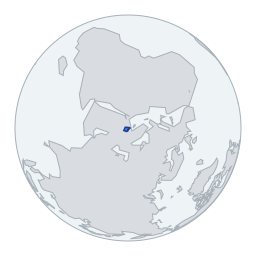 Homs (Hims) highlighted on a globe, orthographic projection, rotated 145°
{"feature_id": "SYR-139", "entity_name": "Homs (Hims)", "entity_type": "Province", "adm_level": 1, "iso_a3": "SYR", "parent_name": "Syria", "parent_adm1": "", "projection": "orthographic", "projection_center": [37.187, 34.261], "detail": "fine", "context": "on_globe", "style": "filled", "palette": "blue", "viewbox_px": 256, "rotation_deg": 145, "n_neighbors": 0, "source": "natural_earth", "source_scale": "10m", "svg_char_len": 10624}
<svg xmlns="http://www.w3.org/2000/svg" viewBox="0 0 256 256"><g transform="rotate(145 128 128)"><circle cx="128" cy="128" r="113" fill="#eef3f6" stroke="#a8b0b8"/><path d="M114.9,16.1L119.0,15.8L132.1,15.9L136.9,16.0L135.4,16.2L145.0,16.7L152.5,18.1L143.5,16.6L142.3,16.5L147.2,17.3L147.0,17.5L149.3,18.1L148.5,18.4L143.4,17.8L142.8,18.1L146.3,18.7L147.8,19.6L142.7,18.6L144.9,20.1L136.6,20.1L123.5,18.5L118.5,19.8L103.8,21.8L104.7,22.3L99.7,23.8L98.8,25.0L96.4,25.3L97.8,26.1L100.2,25.6L101.7,25.8L101.4,26.5L98.2,27.0L97.9,26.7L96.8,27.2L95.3,27.2L95.9,27.6L92.0,28.2L95.4,28.8L92.0,30.3L89.5,30.4L90.4,28.9L86.9,26.3L84.7,26.4L80.8,27.9L72.0,33.8L69.3,34.8L65.2,37.3L66.3,37.3L70.0,35.4L71.1,36.3L75.4,34.1L76.5,34.3L80.7,33.0L79.4,34.9L75.8,37.7L72.3,39.0L70.6,40.3L73.4,40.7L66.3,45.0L60.7,51.4L59.0,52.5L56.5,51.3L58.0,46.9L54.8,46.5L56.1,48.7L51.7,51.9L50.7,53.4L50.5,54.5L51.9,54.1L50.2,55.8L48.3,53.9L49.8,52.3L50.4,52.9L51.0,50.9L49.7,50.2L47.6,52.2L47.8,49.9L46.3,51.4L45.5,51.9L47.9,49.6L43.6,53.8L43.5,53.6L49.1,47.6L55.2,42.0L61.7,36.9L68.5,32.3L75.7,28.2L83.1,24.7L90.8,21.7L98.7,19.2L106.7,17.4L114.9,16.1ZM16.2,114.0L15.7,122.8L15.5,128.3L15.4,130.0L15.7,133.0L15.7,134.7L18.3,146.7L21.1,155.9L22.0,161.6L21.6,164.1L23.6,170.4L20.8,162.7L18.6,154.8L16.9,146.7L15.9,138.6L15.4,130.4L15.5,122.2L16.2,114.0ZM140.4,16.1L137.8,15.9L140.4,16.1L140.4,16.1ZM149.7,18.2L150.5,18.3L151.3,18.6L149.7,18.2ZM81.1,32.0L80.9,32.5L80.3,32.5L81.1,32.0ZM83.2,31.1L82.6,30.8L83.4,30.3L83.8,30.5L83.2,31.1ZM151.0,19.3L152.1,20.0L150.1,19.2L151.0,19.3ZM83.7,31.7L85.0,29.5L86.6,28.7L89.2,28.9L83.7,31.7ZM152.1,20.3L154.7,22.1L156.8,22.3L152.4,23.0L151.6,21.0L148.9,20.0L151.2,20.4L152.1,20.3ZM101.1,25.1L98.5,25.7L101.0,24.5L101.1,25.1ZM102.3,24.4L107.7,21.2L111.4,20.9L108.8,21.9L113.8,21.3L113.0,22.7L110.1,23.4L107.9,23.2L109.2,23.9L102.3,24.4ZM149.6,23.2L149.5,23.7L148.6,23.1L149.6,23.2ZM102.5,25.8L103.2,25.1L106.5,24.8L105.6,26.2L104.8,25.8L102.5,25.8ZM115.6,20.5L117.8,20.6L117.8,21.8L118.6,22.0L113.3,22.7L115.6,20.5ZM103.9,26.3L105.0,26.9L103.2,27.8L101.9,26.5L103.9,26.3ZM107.7,24.2L109.2,24.1L108.1,24.6L107.7,24.2ZM97.5,31.6L98.3,30.6L100.1,30.3L97.5,31.6ZM105.5,27.1L106.1,26.8L106.9,26.7L107.3,27.3L105.5,27.1ZM113.6,23.6L113.1,24.1L115.8,23.3L115.9,24.3L112.3,24.7L113.9,24.9L113.9,25.2L111.0,25.2L113.6,23.6ZM110.0,27.5L105.5,28.5L103.5,30.4L101.9,30.6L105.3,27.6L110.0,27.5ZM110.8,26.1L109.9,27.0L108.3,26.8L108.0,26.0L110.8,26.1ZM117.2,24.9L118.0,23.3L118.8,23.3L117.2,24.9ZM109.7,28.0L110.8,27.8L109.8,28.2L109.7,28.0ZM115.3,25.9L115.4,25.3L116.3,25.3L115.3,25.9ZM112.8,27.9L111.4,28.2L111.1,27.6L112.8,27.9ZM114.2,27.0L115.3,27.2L111.9,27.3L114.1,26.7L114.2,27.0ZM116.0,26.0L116.6,25.8L115.8,26.2L116.0,26.0ZM114.8,29.8L110.5,30.1L109.9,28.9L114.1,28.8L114.8,29.8ZM43.7,158.3L39.0,139.7L42.1,135.1L43.3,127.8L65.5,111.2L69.6,114.5L86.4,116.2L88.4,117.6L85.7,123.3L97.8,133.1L102.5,128.8L114.1,134.1L122.2,134.4L126.4,123.3L113.0,122.6L111.4,116.9L122.6,112.7L134.4,113.6L134.2,111.4L127.3,106.5L130.6,102.6L125.0,104.5L126.8,106.8L123.4,108.2L121.5,106.2L122.7,104.8L119.3,103.7L114.3,111.1L115.6,114.2L106.4,114.7L107.7,120.0L105.0,122.1L101.7,113.9L102.5,111.2L96.0,101.7L94.3,104.6L100.4,113.8L98.2,112.9L96.1,117.3L96.0,113.2L89.8,102.8L81.9,102.8L70.7,111.7L66.3,111.2L63.1,107.3L68.2,96.3L77.5,99.0L79.4,95.5L78.5,89.3L81.4,90.8L82.1,88.7L85.7,89.5L91.7,85.7L95.5,86.1L98.7,80.0L101.1,79.6L98.5,83.2L98.7,86.1L108.3,87.5L110.4,86.4L111.7,82.5L114.1,83.5L114.2,79.6L120.1,78.7L112.9,76.6L114.3,72.5L118.3,69.7L117.5,68.0L110.9,72.6L109.5,74.9L110.3,77.3L105.2,83.7L101.7,84.3L102.2,76.6L97.3,76.7L99.8,71.0L116.0,61.4L122.3,60.1L130.9,66.3L129.0,68.7L124.9,67.6L127.8,72.4L128.0,70.2L130.0,71.2L131.8,67.9L133.4,68.5L132.5,64.4L134.6,64.7L135.1,67.3L139.6,63.1L144.1,63.2L144.4,62.0L143.4,60.7L149.8,61.8L149.8,60.9L147.6,60.1L146.0,57.9L145.8,54.5L148.0,55.1L148.4,56.4L152.6,60.2L153.4,63.8L154.3,63.8L154.2,60.8L149.0,56.1L148.2,53.9L151.0,55.8L149.9,54.9L150.2,54.0L152.6,53.8L149.8,51.7L150.1,42.3L154.8,41.2L157.2,43.7L159.9,38.8L165.0,38.6L163.0,37.8L162.9,35.3L161.3,35.3L160.3,34.7L159.4,29.1L160.9,28.5L158.2,25.7L157.2,25.4L155.9,25.7L152.4,23.0L156.8,22.3L158.9,23.0L160.2,22.3L164.8,24.2L169.2,25.7L173.5,28.6L176.7,29.8L176.8,29.4L181.2,31.0L189.6,35.9L182.1,33.4L169.3,27.7L174.5,30.0L173.1,30.0L174.9,31.3L178.5,33.1L179.1,32.9L184.0,39.7L192.4,46.9L192.3,44.3L194.9,44.9L204.4,52.3L214.6,68.2L218.1,70.2L220.1,72.8L220.9,76.1L218.1,72.4L216.5,72.7L214.8,70.3L215.2,74.8L212.7,71.6L214.2,77.0L216.5,78.6L217.1,75.6L219.5,82.0L223.4,84.1L226.8,89.3L229.8,103.4L228.6,110.7L229.1,112.8L227.1,112.4L226.8,118.2L232.3,125.3L232.9,128.4L231.2,137.6L230.8,135.5L225.6,134.5L226.2,142.4L230.2,144.9L231.7,150.6L229.3,151.1L227.6,146.2L225.8,145.7L225.1,139.1L221.3,131.2L218.8,135.5L217.9,131.6L212.3,126.2L208.0,132.0L202.1,147.0L203.1,157.1L200.2,163.0L192.2,151.5L188.8,142.2L185.8,144.4L177.6,138.0L163.1,141.2L161.1,138.8L158.4,140.6L152.7,138.8L149.8,134.7L146.3,135.4L153.9,146.2L157.7,145.4L161.1,140.3L162.6,144.2L168.1,146.8L161.4,158.0L140.1,169.1L138.3,161.6L123.6,140.1L124.2,137.6L124.1,137.3L124.0,136.8L122.3,140.9L119.9,136.5L127.4,151.9L128.5,158.4L139.7,169.6L138.6,170.9L142.3,173.0L154.5,168.8L154.5,171.3L148.6,183.3L131.9,198.8L134.4,207.6L133.5,214.7L123.6,219.1L124.9,223.9L119.8,225.4L119.8,227.8L116.0,230.0L109.5,231.5L97.9,229.9L96.8,227.9L90.5,222.7L81.5,209.5L84.0,204.3L82.8,199.2L74.5,185.6L76.3,179.2L74.1,175.7L69.7,175.1L67.2,170.8L64.6,169.8L48.4,165.5L43.7,158.3ZM57.2,121.8L56.4,123.9L57.2,121.8ZM146.6,120.4L153.8,120.1L151.1,113.2L153.7,112.6L151.8,110.6L150.9,112.8L146.3,107.2L149.7,104.8L149.0,101.8L146.6,101.8L141.2,107.1L147.6,115.0L145.8,118.0L146.6,120.4ZM23.8,85.3L23.7,85.6L23.7,85.4L23.8,85.3ZM51.8,52.0L51.4,53.5L50.9,53.4L51.8,52.0ZM53.4,57.5L50.7,60.1L52.3,58.0L51.1,58.1L53.0,54.0L58.2,52.9L55.5,54.0L53.4,57.5ZM57.0,48.7L55.2,51.1L56.9,48.5L57.0,48.7ZM82.7,77.4L83.6,79.1L81.7,81.2L76.9,81.5L79.5,78.3L82.7,77.4ZM85.3,81.2L87.1,73.9L90.2,73.7L88.1,75.0L90.0,75.6L87.2,77.9L88.4,85.2L86.9,87.5L78.8,86.2L82.3,85.2L81.2,83.5L85.3,81.2ZM86.3,58.2L87.1,55.7L92.7,58.4L91.3,60.4L86.4,60.6L85.2,58.3L86.3,58.2ZM88.1,32.8L88.0,32.1L88.9,31.9L89.7,32.3L88.1,32.8ZM97.7,31.1L89.2,35.5L88.7,34.9L84.3,38.5L81.3,38.5L84.2,36.1L78.6,38.9L80.1,36.8L76.4,39.0L83.3,33.7L84.4,32.1L84.4,33.8L87.1,33.8L88.6,33.3L93.7,30.9L97.4,27.8L100.7,27.6L102.0,28.3L101.7,29.0L99.6,28.8L100.6,29.9L97.4,30.3L97.7,31.1ZM115.9,39.9L113.7,38.8L115.1,42.2L111.8,42.1L112.2,42.5L109.6,43.5L107.1,45.4L105.7,45.0L105.3,45.9L103.6,46.7L102.6,47.8L99.8,47.7L98.3,49.2L97.8,48.3L96.1,51.0L96.1,49.0L93.9,49.9L95.0,51.4L82.4,49.2L77.1,50.3L72.6,52.5L73.3,49.1L78.0,45.2L84.3,41.7L89.4,41.3L88.8,40.0L91.0,39.5L90.5,40.7L92.6,38.6L94.3,38.5L100.0,36.3L101.9,33.5L104.0,32.7L104.1,33.8L106.1,32.3L107.8,33.9L109.3,33.4L112.5,34.7L111.8,37.2L113.6,36.5L116.1,37.6L115.9,39.9ZM115.6,30.2L115.5,33.0L113.7,34.4L108.9,31.7L107.3,31.9L104.2,30.5L106.9,28.6L107.5,29.2L108.8,29.3L107.4,29.8L109.4,29.5L110.4,30.2L112.2,30.2L111.7,31.1L115.6,30.2ZM91.1,115.9L92.7,116.5L95.3,116.7L94.0,119.6L91.1,115.9ZM86.7,108.9L88.2,108.8L87.7,112.8L86.0,112.3L86.7,108.9ZM89.6,105.5L88.4,108.5L88.0,106.6L89.6,105.5ZM99.9,83.0L101.6,82.8L101.6,83.8L100.5,85.0L99.9,83.0ZM119.2,51.0L118.2,49.9L118.8,49.5L118.9,46.6L121.3,46.6L122.2,48.3L119.2,51.0ZM123.8,125.2L121.2,127.2L120.1,126.2L121.2,125.6L123.8,125.2ZM106.7,123.7L110.4,125.6L106.3,124.5L106.7,123.7ZM121.8,50.5L121.5,49.2L122.9,50.0L121.8,50.5ZM123.0,46.5L124.7,47.1L121.6,46.3L123.0,46.5ZM167.2,233.5L167.8,233.4L166.1,234.0L167.2,233.5ZM153.0,212.0L145.6,223.9L140.2,224.4L139.0,221.4L141.7,214.4L147.9,211.8L150.9,208.1L153.0,212.0ZM238.1,151.8L237.9,152.4L238.2,151.4L238.1,151.8ZM237.7,152.7L238.2,150.9L237.4,154.0L237.7,152.7ZM238.7,148.7L238.4,150.2L238.8,148.3L238.7,148.7ZM237.2,154.0L233.6,160.9L231.8,162.5L232.5,160.3L235.4,156.3L237.2,154.0ZM232.3,160.5L229.3,160.1L223.2,152.5L225.4,150.8L231.4,153.0L231.1,154.7L233.0,155.7L232.3,160.5ZM238.7,142.1L238.3,146.6L236.5,150.2L235.6,151.2L235.0,147.2L235.3,143.8L236.2,142.5L238.1,127.8L239.0,128.0L238.8,133.6L239.5,135.6L238.7,142.1ZM203.6,157.8L206.4,162.5L204.6,164.3L203.6,157.8ZM237.8,119.1L237.7,125.4L237.4,118.0L237.8,119.1ZM237.0,112.8L237.5,114.7L236.8,113.7L237.0,112.8ZM230.1,115.6L229.3,117.6L228.7,116.2L229.5,112.9L230.1,115.6ZM229.3,93.9L231.3,98.1L231.8,99.8L230.5,98.0L229.3,93.9ZM141.8,50.5L139.1,54.4L138.7,57.5L140.9,59.8L136.6,58.4L137.2,53.5L141.8,50.5ZM148.9,43.1L146.9,41.5L148.5,41.3L149.1,41.7L148.9,43.1ZM147.1,42.8L143.3,42.5L142.6,41.0L145.8,41.5L147.1,42.8ZM132.5,46.1L131.5,47.1L130.5,46.4L132.5,46.1ZM239.8,135.3L239.9,137.2L240.4,133.3L240.0,137.4L240.0,140.0L239.7,142.2L239.9,139.1L239.3,144.4L239.1,145.3L239.3,141.8L239.7,135.9L239.9,132.8L240.5,127.8L239.8,135.3ZM240.6,126.7L240.6,126.1L240.5,123.6L240.6,124.1L240.6,126.7ZM240.1,120.9L239.4,119.2L239.3,122.1L239.0,114.2L239.7,117.1L240.1,120.9ZM238.7,114.9L238.6,117.5L238.3,113.2L238.7,114.9ZM238.3,116.8L237.8,114.6L238.1,113.7L238.3,116.8ZM238.8,114.2L237.9,109.9L238.5,111.7L238.8,114.2ZM236.2,109.8L237.8,111.2L236.6,112.7L234.1,105.2L234.4,103.7L236.2,109.8ZM222.3,72.3L220.8,70.6L220.4,68.9L221.5,70.5L222.3,72.3ZM217.7,62.7L219.8,68.0L221.3,72.6L222.0,72.6L224.3,76.7L222.1,74.8L219.4,69.1L218.7,66.3L216.4,63.2L214.5,59.8L211.5,56.9L209.9,54.8L212.5,56.7L217.7,62.7ZM210.2,55.7L204.3,50.2L204.5,48.8L205.9,49.7L208.5,52.7L208.2,53.3L210.2,55.7ZM202.9,48.5L202.6,49.1L193.2,43.9L191.2,42.5L198.5,45.3L198.6,46.0L200.9,47.7L202.9,48.5ZM150.7,23.8L149.6,23.7L150.4,23.5L150.7,23.8ZM159.5,34.8L158.3,34.0L159.2,33.7L159.5,34.8ZM155.5,31.8L155.3,32.7L154.6,31.5L155.5,31.8ZM154.9,34.9L154.7,33.0L156.2,35.2L154.9,34.9Z" fill="#d9dde1" stroke="#a8b0b8" stroke-width="1"/><path d="M126.7,127.3L126.6,127.2L126.5,127.3L126.4,127.3L126.3,127.2L126.4,126.9L126.5,126.9L126.6,126.7L126.6,126.8L126.8,126.8L126.8,126.7L127.0,126.7L127.3,126.7L127.5,126.6L127.7,126.8L127.8,126.7L128.0,126.7L128.3,126.6L128.5,126.6L128.5,126.4L128.8,126.3L129.0,126.4L129.1,126.5L129.3,126.7L129.5,126.5L129.7,126.4L129.7,126.2L129.8,126.1L129.8,125.8L130.4,125.8L131.3,126.0L131.5,126.2L131.6,126.4L131.6,126.5L131.9,127.0L132.9,128.3L130.6,129.7L130.2,130.0L129.9,130.2L129.2,129.7L128.9,129.6L128.8,129.4L128.6,129.3L128.6,129.2L128.4,129.0L128.3,128.8L128.2,128.8L128.1,128.7L127.8,128.5L127.8,128.4L127.7,128.4L127.6,128.2L127.4,128.1L127.2,128.1L127.0,127.9L126.9,127.8L126.9,127.7L126.7,127.5L126.7,127.4L126.8,127.3L126.7,127.3Z" fill="#3b82f6" stroke="#1e3a8a" stroke-width="1.5"/></g></svg>